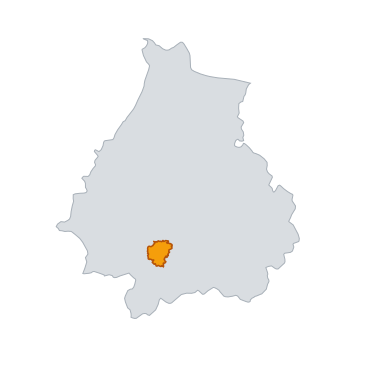 location of Bykhaw, Mogilev, Belarus, rotated 109°
{"feature_id": "67162791B64614066939299", "entity_name": "Bykhaw", "entity_type": "district", "adm_level": 2, "iso_a3": "BLR", "parent_name": "Belarus", "parent_adm1": "Mogilev", "projection": "orthographic", "projection_center": [30.233, 53.459], "detail": "fine", "context": "in_parent", "style": "filled", "palette": "amber", "viewbox_px": 384, "rotation_deg": 109, "n_neighbors": 0, "source": "geoboundaries", "source_scale": "gbopen_adm2", "svg_char_len": 8129}
<svg xmlns="http://www.w3.org/2000/svg" viewBox="0 0 384 384"><g transform="rotate(109 192 192)"><path d="M304.6,268.7L299.1,268.5L292.4,268.7L288.7,271.4L284.6,270.2L281.7,271.7L275.1,279.0L272.5,282.9L270.1,288.9L268.6,293.3L269.4,296.4L270.7,299.3L271.0,302.4L271.6,304.8L270.0,306.6L269.0,309.1L266.2,308.7L262.7,306.3L261.9,302.7L259.3,300.2L257.5,299.0L254.6,298.8L250.0,299.9L244.0,300.7L239.4,300.9L236.9,302.2L233.2,303.4L231.8,301.9L229.8,297.8L228.2,293.8L227.1,292.1L226.1,291.6L224.9,291.6L223.4,292.9L222.4,294.2L218.5,295.6L216.8,297.0L214.9,300.6L213.7,300.3L212.4,299.5L211.1,295.3L209.1,294.3L205.9,294.2L202.0,293.2L198.8,291.9L197.6,292.1L195.7,293.8L193.6,294.0L189.1,292.3L188.2,293.0L185.5,297.5L184.2,297.6L183.5,297.0L184.1,293.1L181.5,291.6L177.1,291.2L174.0,291.7L172.4,291.5L171.7,290.7L168.2,283.9L166.2,283.4L162.6,283.5L157.3,282.5L151.3,280.7L148.0,280.0L146.3,278.4L142.6,277.7L132.7,274.3L128.6,273.6L122.5,273.1L113.4,271.9L107.5,271.8L104.7,272.5L101.5,272.9L90.5,272.8L86.5,273.2L85.3,274.5L83.8,277.4L78.8,282.3L74.1,285.4L73.3,285.6L70.9,283.5L68.8,282.7L66.3,282.3L64.5,282.7L63.3,283.5L63.1,287.6L62.8,287.9L61.3,282.9L61.8,278.6L63.1,276.2L64.7,274.1L64.4,270.7L66.1,266.4L66.4,263.1L66.0,261.7L65.1,260.0L62.5,258.0L61.3,256.5L57.7,254.2L54.1,251.6L53.6,250.1L53.9,249.1L54.7,247.7L58.0,243.7L61.5,239.8L63.7,238.3L74.7,233.9L76.5,232.2L77.2,229.1L77.6,222.6L77.4,216.7L77.0,212.6L75.7,204.9L71.7,188.7L70.1,172.2L72.1,173.4L76.9,174.2L80.9,173.4L82.9,173.4L84.7,174.0L89.9,173.5L91.0,175.1L93.2,176.5L97.9,175.1L102.0,173.1L106.1,173.6L106.8,172.6L108.3,166.9L109.6,165.7L114.5,166.7L116.4,165.8L118.5,163.1L121.5,161.5L123.9,161.7L126.6,159.9L127.7,161.3L128.2,163.7L127.2,165.5L127.5,166.3L129.2,167.4L132.2,167.5L134.2,166.9L134.7,165.8L134.8,163.8L134.5,162.0L133.3,160.3L131.0,159.3L129.3,159.2L129.1,158.2L129.8,156.0L131.5,152.2L133.6,148.7L134.7,147.4L135.0,146.1L134.9,144.0L135.2,140.0L137.1,134.6L139.5,130.7L142.5,129.5L146.1,129.0L148.4,127.2L149.7,125.0L150.8,121.5L152.0,120.8L160.4,121.7L161.9,118.3L162.6,117.3L164.3,116.3L165.5,115.1L165.1,114.2L163.0,113.4L158.0,112.6L157.0,111.4L157.4,110.0L159.0,106.4L160.5,101.8L161.3,98.2L161.5,96.1L162.3,95.5L166.4,95.0L167.8,94.4L171.5,89.6L174.3,88.9L181.1,90.4L184.3,90.5L188.3,91.0L188.6,90.5L190.2,85.6L197.3,78.0L201.0,75.4L203.3,74.9L204.1,75.0L207.6,79.3L208.5,79.5L210.9,77.8L215.1,77.8L217.0,79.2L219.7,84.4L221.1,85.0L225.3,82.3L227.6,81.4L229.0,81.4L236.7,85.5L237.2,86.7L237.3,88.2L236.0,92.8L237.6,95.7L239.4,97.6L243.4,94.5L244.9,93.6L246.5,93.6L248.7,92.4L250.2,90.7L251.7,90.1L254.6,90.5L259.7,90.1L265.7,92.9L266.2,93.7L269.2,97.0L270.3,98.6L271.3,99.1L272.9,100.7L275.0,101.7L276.5,101.4L277.2,101.9L277.9,103.1L278.0,105.3L277.8,111.4L275.7,114.6L275.4,115.7L275.5,117.1L277.3,119.7L279.5,123.8L280.1,126.2L280.1,128.0L277.1,133.2L276.1,134.5L275.4,137.1L275.1,139.7L275.3,140.8L280.4,144.9L284.3,147.1L285.1,148.2L285.2,148.9L283.2,153.4L283.1,154.7L286.1,156.5L287.9,159.4L289.4,164.1L292.4,168.7L303.5,175.2L304.4,176.4L304.8,177.8L304.5,180.9L302.6,186.9L304.5,187.8L309.4,187.4L315.3,188.0L322.5,192.0L322.6,193.9L321.9,195.7L322.4,197.5L323.2,199.0L329.5,203.5L330.2,204.9L330.4,207.2L330.3,208.9L328.6,209.3L326.7,210.1L323.6,212.2L322.5,215.1L317.6,219.2L314.5,221.1L312.0,221.2L306.1,220.6L304.0,218.7L303.1,216.9L300.8,216.1L297.8,216.1L293.6,216.5L292.8,217.1L292.1,219.3L290.4,223.0L289.2,225.2L294.6,232.5L297.3,235.5L298.2,237.3L298.2,238.7L297.0,240.2L297.2,243.4L299.9,247.5L299.0,248.2L298.9,253.3L299.0,258.7L299.7,260.0L301.2,261.0L302.4,263.0L304.5,267.5L304.6,268.7Z" fill="#d9dde1" stroke="#a8b0b8" stroke-width="1"/><path d="M246.1,199.2L246.2,199.6L246.3,199.9L246.3,200.1L246.4,200.5L246.4,200.8L246.5,201.1L246.7,201.3L246.8,201.5L247.3,201.8L247.4,202.0L247.7,202.2L247.9,202.4L247.9,202.7L247.9,202.9L247.8,203.0L247.6,203.2L247.4,203.3L247.3,203.6L247.4,203.8L247.6,203.9L247.8,203.9L248.2,204.0L248.4,204.1L248.5,204.2L248.6,204.3L248.8,204.5L248.9,204.8L248.7,205.2L248.7,205.3L248.8,205.6L249.0,205.8L249.0,206.0L249.0,206.4L249.2,206.6L249.3,206.7L249.3,206.9L249.4,207.1L249.4,207.4L249.4,207.5L249.2,207.8L249.2,208.0L249.3,208.1L249.5,208.2L249.8,208.4L250.0,208.5L250.3,208.6L250.5,208.7L250.7,208.8L250.8,209.0L250.7,209.4L250.6,209.5L250.7,209.9L250.9,210.2L251.2,210.5L251.4,210.7L251.3,210.9L251.2,211.1L251.2,211.6L251.2,212.0L251.3,212.0L251.5,211.8L251.7,211.4L251.8,211.2L251.9,210.8L252.1,210.5L252.6,210.6L253.2,210.7L253.5,210.9L253.8,211.4L254.0,211.4L254.5,211.4L254.9,211.4L255.2,211.4L255.5,211.6L255.8,212.0L256.7,212.6L257.1,213.1L257.1,213.6L257.1,214.3L257.3,215.0L257.7,215.3L258.0,215.6L258.6,215.7L259.3,215.7L259.7,215.6L260.1,215.5L260.6,215.3L260.9,215.0L261.2,214.9L261.9,214.9L262.3,214.9L262.5,214.9L262.7,214.6L262.8,214.4L263.3,214.1L263.7,214.0L263.9,214.0L264.2,214.1L264.5,214.0L264.6,213.8L264.7,213.6L264.6,213.2L264.8,212.9L265.2,212.9L265.6,212.9L266.0,213.1L266.6,213.2L266.8,212.9L266.9,212.7L267.3,212.5L267.7,212.5L267.8,212.4L267.9,212.2L268.1,212.0L268.3,211.9L268.7,211.9L269.0,211.8L269.3,211.7L269.5,211.5L269.6,211.2L269.6,210.9L269.6,210.5L269.4,210.5L269.2,210.3L269.1,210.2L269.1,209.2L269.0,208.7L269.1,208.3L269.3,208.2L269.4,207.8L269.4,207.5L269.2,207.3L269.1,207.1L269.0,206.7L268.8,206.4L268.8,206.1L269.0,206.0L269.4,206.3L269.7,206.3L270.0,206.4L270.3,206.4L270.7,206.3L270.8,206.3L270.9,206.5L271.2,206.7L271.4,206.7L271.5,206.6L271.6,206.4L271.6,206.0L271.7,205.9L272.0,205.7L272.0,205.4L272.0,205.2L272.2,204.9L272.3,204.8L272.4,204.7L272.5,204.6L272.6,204.4L272.5,204.0L272.3,204.0L272.2,203.9L271.9,203.7L271.8,203.3L271.9,203.2L272.0,203.1L272.5,202.7L273.1,202.2L273.4,201.9L273.6,201.7L273.5,201.2L273.4,201.0L273.2,200.8L273.2,200.7L273.0,200.4L272.9,200.3L272.7,200.3L272.4,200.1L272.4,199.9L272.4,199.6L272.4,199.3L272.4,199.1L272.5,198.9L272.6,198.6L272.6,198.3L272.6,197.9L272.6,197.5L272.5,197.2L272.4,197.0L272.2,197.0L271.9,196.9L271.7,196.8L271.6,196.6L271.6,196.4L271.8,196.1L272.0,195.8L271.9,195.6L271.8,195.4L271.6,195.2L271.4,195.0L271.4,194.8L271.5,194.7L271.2,194.7L271.0,194.9L271.0,195.1L270.9,195.3L270.7,195.5L270.4,195.5L270.2,195.4L269.7,195.4L269.4,195.4L269.3,195.5L269.1,195.6L268.9,195.9L268.7,195.9L268.4,195.7L268.3,195.4L268.3,195.2L268.2,194.9L268.1,194.7L267.8,194.4L267.5,194.3L267.3,194.3L267.1,194.2L266.9,194.1L266.6,194.0L266.3,194.1L266.2,194.3L266.2,194.5L266.1,195.0L266.0,195.3L265.9,195.4L265.9,195.5L265.6,195.6L265.4,195.6L265.1,195.7L265.1,195.9L265.0,196.2L264.9,196.3L264.6,196.4L264.3,196.4L264.0,196.4L263.6,196.4L263.2,196.4L262.8,196.1L262.7,195.8L262.6,195.6L262.4,195.7L262.3,195.8L262.1,195.9L261.9,196.0L261.7,196.0L261.4,196.0L261.3,195.9L261.2,195.6L261.2,195.4L261.5,195.3L261.6,195.2L261.8,194.8L261.8,194.6L261.7,194.4L261.5,194.2L261.4,194.2L261.2,194.3L260.8,194.3L260.6,194.3L260.3,194.6L260.0,194.6L259.8,194.5L259.8,194.3L259.9,194.1L260.0,193.9L259.8,193.7L259.7,193.7L259.4,193.9L259.3,194.1L259.1,194.3L258.9,194.5L258.7,194.6L258.2,194.3L258.1,194.2L257.9,194.2L257.7,194.2L257.4,194.2L257.2,194.2L256.8,194.0L256.5,193.8L256.4,193.7L256.2,193.7L256.2,193.9L256.2,194.2L256.1,194.4L256.0,194.5L255.9,194.6L255.5,194.7L255.2,194.7L254.8,194.7L254.7,194.7L254.5,194.8L254.4,194.9L254.2,194.9L254.1,194.7L253.9,194.6L253.6,194.3L253.2,193.9L253.0,193.6L252.4,193.1L252.2,192.9L252.0,192.7L251.8,192.7L251.6,192.7L251.4,192.7L251.2,192.9L251.0,193.0L250.8,193.3L250.7,193.4L250.4,193.5L250.2,193.7L250.0,193.8L249.9,193.9L249.7,193.8L249.7,193.7L249.7,193.4L249.6,193.2L249.4,193.2L249.2,193.4L249.0,193.5L248.9,193.6L248.6,193.6L248.5,193.8L248.3,194.1L248.2,194.1L248.2,194.4L248.1,194.6L247.9,194.8L247.9,195.0L248.0,195.1L248.0,195.4L247.8,195.6L247.9,195.9L248.1,196.1L248.1,196.5L247.9,196.9L247.9,197.1L247.9,197.4L247.9,197.6L248.2,197.8L248.4,198.1L248.3,198.3L248.2,198.6L248.3,198.8L248.4,199.1L248.3,199.3L248.2,199.4L247.9,199.0L247.8,198.8L247.6,198.8L247.3,198.8L247.1,198.7L246.9,198.5L246.7,198.2L246.3,198.2L246.1,198.3L246.0,198.7L246.1,198.9L246.1,199.2Z" fill="#f59e0b" stroke="#b45309" stroke-width="1.5"/></g></svg>